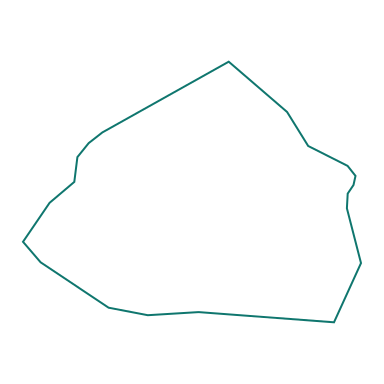 an SVG outline of Ribnica na Pohorju
{"feature_id": "SVN-257", "entity_name": "Ribnica na Pohorju", "entity_type": "Municipality", "adm_level": 1, "iso_a3": "SVN", "parent_name": "Slovenia", "parent_adm1": "", "projection": "equal_earth", "projection_center": [15.263, 46.533], "detail": "fine", "context": "isolated", "style": "outline", "palette": "teal", "viewbox_px": 384, "rotation_deg": 0, "n_neighbors": 0, "source": "natural_earth", "source_scale": "10m", "svg_char_len": 371}
<svg xmlns="http://www.w3.org/2000/svg" viewBox="0 0 384 384"><path d="M228.7,61.7L287.1,112.0L308.2,146.0L347.6,165.9L355.5,175.9L353.5,185.0L347.7,193.6L346.9,208.3L361.0,263.1L334.0,322.3L198.6,312.1L147.8,315.2L108.6,307.7L40.6,262.3L23.0,241.8L49.6,202.8L74.3,181.9L77.4,157.1L88.7,143.1L102.4,132.4L228.7,61.7Z" fill="none" stroke="#0f766e" stroke-width="2"/></svg>